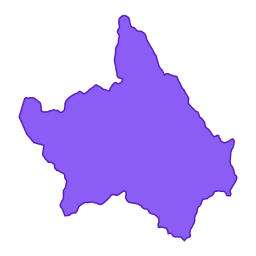 São Sebastião do Paraíso, Minas Gerais, Brazil
{"feature_id": "56859067B47748239020131", "entity_name": "São Sebastião do Paraíso", "entity_type": "district", "adm_level": 2, "iso_a3": "BRA", "parent_name": "Brazil", "parent_adm1": "Minas Gerais", "projection": "equal_earth", "projection_center": [-46.997, -20.902], "detail": "fine", "context": "isolated", "style": "filled", "palette": "violet", "viewbox_px": 256, "rotation_deg": 0, "n_neighbors": 0, "source": "geoboundaries", "source_scale": "gbopen_adm2", "svg_char_len": 3921}
<svg xmlns="http://www.w3.org/2000/svg" viewBox="0 0 256 256"><path d="M123.8,15.4L121.8,16.2L120.3,17.5L119.0,19.3L118.8,22.4L119.2,25.0L119.5,27.3L118.7,29.0L117.6,30.2L117.5,32.1L118.3,33.9L119.4,36.0L118.6,38.7L118.4,41.3L118.1,43.7L117.0,45.6L115.9,47.7L115.6,49.5L115.6,52.0L115.4,53.9L115.0,56.7L114.4,59.3L114.7,62.3L115.4,65.1L116.0,68.7L116.3,70.6L117.0,72.9L117.1,75.7L118.2,77.6L120.9,78.4L122.7,79.0L122.1,81.1L120.7,82.9L118.1,83.8L115.6,82.5L113.7,83.4L112.2,85.3L110.6,87.8L109.3,90.9L106.3,90.2L104.3,89.4L102.3,88.8L100.9,87.4L98.9,86.3L97.4,85.7L96.1,84.8L94.6,85.8L93.4,87.1L92.0,87.9L90.0,89.2L87.8,91.3L86.2,92.6L84.7,93.8L82.7,93.1L80.7,91.6L79.3,91.4L77.6,93.1L74.7,94.1L72.2,95.5L69.5,97.3L67.9,98.8L66.0,101.2L65.1,103.1L65.0,105.9L64.3,110.2L62.1,112.2L60.0,112.4L57.9,110.5L55.6,110.5L53.5,109.8L51.4,110.7L49.5,111.0L47.5,111.9L45.9,111.8L44.3,112.1L42.8,111.7L41.3,111.0L41.1,108.7L40.9,105.7L40.4,103.1L38.5,101.4L36.6,100.2L34.9,98.5L32.7,97.8L30.4,97.7L28.1,98.3L26.3,97.6L24.7,98.6L19.2,116.9L26.9,134.3L33.8,142.5L35.6,143.1L43.9,145.3L42.6,154.5L45.6,159.3L47.3,160.8L48.3,162.3L51.6,162.4L54.5,164.5L54.7,168.0L56.9,170.5L58.4,170.5L60.2,171.9L63.1,173.2L64.6,174.5L64.9,178.0L66.7,181.0L65.5,187.4L63.4,190.7L63.4,197.5L63.0,199.6L61.7,201.3L60.1,205.2L60.9,207.3L62.2,208.7L65.0,215.8L67.2,215.5L69.3,215.3L71.0,213.7L73.3,212.9L75.6,213.0L77.0,211.0L77.7,209.1L78.8,206.7L80.1,205.4L81.5,204.4L83.1,203.5L84.7,202.5L86.5,202.5L88.2,202.5L90.2,202.2L92.8,201.9L94.8,202.9L96.9,203.1L98.2,203.9L100.1,204.6L102.5,203.8L104.1,202.5L105.7,201.1L107.5,199.6L108.6,198.2L109.9,196.8L111.4,194.8L113.4,194.5L114.9,194.9L116.5,195.3L118.0,195.0L119.4,193.9L121.0,192.9L122.4,191.8L124.1,190.8L125.8,191.9L126.2,194.1L125.6,196.1L125.8,198.5L127.1,200.7L128.4,202.0L129.9,202.5L132.0,202.9L134.2,203.2L136.5,203.7L138.2,203.9L139.5,205.0L141.1,205.7L142.4,207.7L144.6,208.9L146.7,208.9L148.4,210.4L149.4,212.8L151.9,213.9L154.4,214.4L156.5,216.0L158.7,218.2L159.0,221.6L158.2,224.4L158.3,227.0L159.8,227.5L161.5,227.0L163.3,227.5L164.9,227.9L166.3,228.1L167.5,230.3L168.3,233.7L170.3,233.2L171.9,234.0L173.4,236.4L175.4,236.9L176.9,236.8L178.5,236.9L180.7,236.9L182.8,239.1L184.4,240.6L185.6,239.1L186.9,237.9L189.2,237.3L190.5,235.8L189.8,233.9L190.0,231.3L190.9,228.6L192.3,226.6L193.0,224.8L194.1,223.0L194.7,220.6L194.6,217.5L195.6,214.8L196.7,212.9L197.2,210.6L197.4,208.8L198.2,206.9L199.6,206.0L201.1,203.9L201.8,201.3L203.1,199.2L205.6,198.9L207.2,198.6L208.3,197.5L209.7,196.7L211.9,195.6L213.7,193.6L214.3,191.5L216.2,191.2L218.6,190.9L220.5,191.2L221.9,191.4L223.9,191.3L225.8,192.7L226.6,195.4L228.3,195.8L230.3,195.7L230.9,193.7L229.8,191.5L230.9,189.2L232.1,187.1L233.4,184.9L234.9,182.6L236.2,180.0L236.8,177.1L235.9,175.6L234.7,174.6L234.2,172.5L233.6,169.7L232.5,167.0L230.9,165.1L230.0,162.1L230.3,159.6L230.5,156.4L230.8,152.2L231.8,149.5L233.0,147.4L233.8,144.8L234.0,142.8L234.1,140.6L232.8,138.9L231.1,139.5L229.3,140.9L227.3,141.8L225.8,142.5L224.0,142.8L222.3,141.9L220.8,140.9L220.3,139.0L219.1,137.9L218.7,135.6L216.9,135.5L214.5,136.8L212.7,135.4L211.5,133.7L210.6,132.0L209.6,130.6L208.3,129.2L206.9,128.1L205.4,126.9L204.9,124.3L204.6,122.4L203.5,120.8L202.1,118.9L199.7,117.0L198.8,114.3L197.5,111.9L195.5,111.3L193.7,109.2L191.7,107.3L190.0,105.3L188.3,103.2L188.2,100.6L188.7,98.5L188.0,96.9L186.5,94.7L185.1,92.2L183.9,89.9L182.5,88.3L181.3,86.6L180.4,84.0L179.0,81.7L177.9,79.2L176.9,76.6L175.2,76.1L173.4,76.0L171.4,75.2L169.8,74.6L168.3,73.7L166.2,73.7L164.4,75.0L163.6,73.1L162.3,70.6L160.1,68.1L158.9,65.8L158.3,63.9L157.5,61.0L156.7,58.3L156.2,56.0L154.7,53.9L153.7,52.3L152.8,50.1L151.2,47.5L149.1,44.0L147.0,40.1L146.4,38.2L145.9,35.8L144.6,33.6L143.2,32.6L141.3,31.3L139.8,31.2L137.3,31.0L135.7,29.2L134.0,27.6L132.1,27.2L130.8,26.0L129.8,22.6L129.6,20.4L128.8,17.8L126.6,16.2L123.8,15.4Z" fill="#8b5cf6" stroke="#5b21b6" stroke-width="1.5"/></svg>